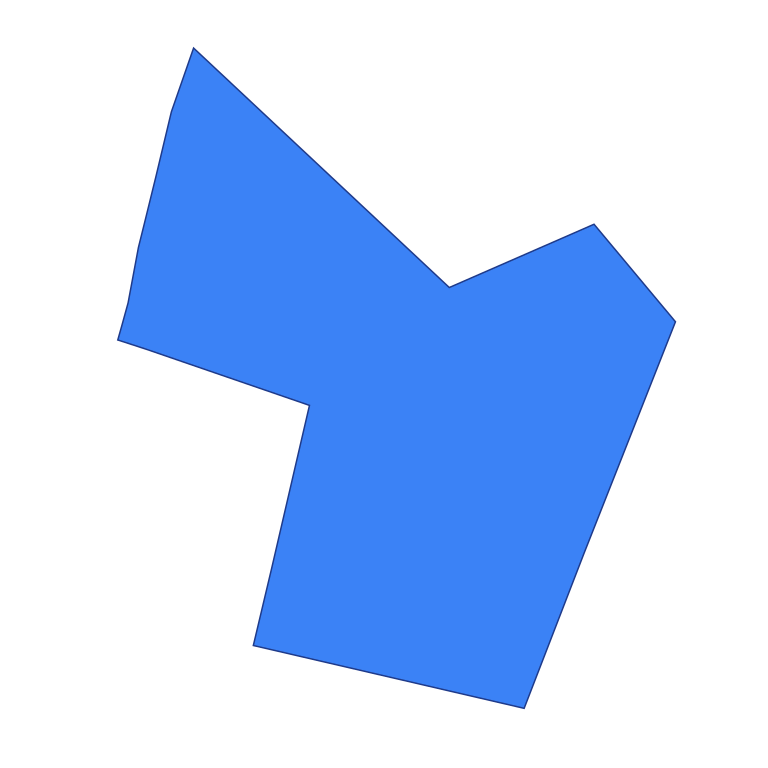 the district of Basseknou, Hodh ech Chargui, Mauritania, rotated 13°
{"feature_id": "47542326B79518958456259", "entity_name": "Basseknou", "entity_type": "district", "adm_level": 2, "iso_a3": "MRT", "parent_name": "Mauritania", "parent_adm1": "Hodh ech Chargui", "projection": "equal_earth", "projection_center": [-6.334, 16.078], "detail": "fine", "context": "isolated", "style": "filled", "palette": "blue", "viewbox_px": 768, "rotation_deg": 13, "n_neighbors": 0, "source": "geoboundaries", "source_scale": "gbopen_adm2", "svg_char_len": 397}
<svg xmlns="http://www.w3.org/2000/svg" viewBox="0 0 768 768"><g transform="rotate(13 384 384)"><path d="M315.5,668.2L593.5,668.5L617.0,503.9L654.0,257.8L552.7,181.1L425.9,275.3L285.6,193.9L122.9,99.5L115.6,166.6L115.1,233.8L114.4,282.6L114.0,306.1L116.4,362.6L115.4,386.7L114.7,401.0L144.3,403.6L316.2,421.6L316.0,589.2L315.5,668.2Z" fill="#3b82f6" stroke="#1e3a8a" stroke-width="1.5"/></g></svg>